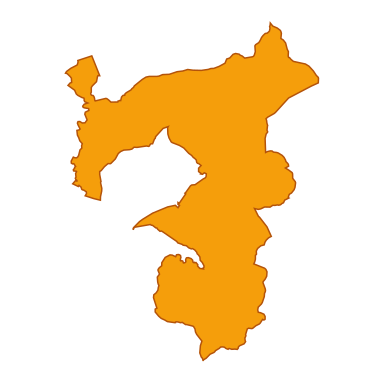 Xochiltepec, Puebla, Mexico (Albers equal-area conic projection)
{"feature_id": "50627088B32786455313367", "entity_name": "Xochiltepec", "entity_type": "district", "adm_level": 2, "iso_a3": "MEX", "parent_name": "Mexico", "parent_adm1": "Puebla", "projection": "albers", "projection_center": [-98.341, 18.653], "detail": "fine", "context": "isolated", "style": "filled", "palette": "amber", "viewbox_px": 384, "rotation_deg": 0, "n_neighbors": 0, "source": "geoboundaries", "source_scale": "gbopen_adm2", "svg_char_len": 5921}
<svg xmlns="http://www.w3.org/2000/svg" viewBox="0 0 384 384"><path d="M288.9,198.0L288.2,197.6L289.1,194.7L289.5,194.2L291.5,193.0L294.1,189.7L295.0,187.3L295.6,182.8L295.2,181.6L292.7,178.3L292.6,173.8L292.1,172.6L288.9,170.2L285.4,168.0L288.6,166.2L288.4,164.5L287.8,163.5L285.8,161.4L285.6,160.2L284.0,157.3L282.2,155.4L278.3,153.0L276.8,152.5L273.4,152.1L272.1,151.0L270.3,150.9L267.6,151.5L265.6,152.5L265.1,138.5L266.1,134.1L267.6,132.1L267.6,131.4L267.0,130.3L267.5,125.7L267.8,126.0L266.9,123.1L266.6,120.5L266.0,118.7L267.8,117.1L274.2,113.5L275.5,112.4L288.6,98.0L311.5,86.0L318.3,82.9L318.5,78.2L318.2,77.3L316.3,75.4L313.4,71.0L309.0,66.2L305.4,64.0L293.4,61.4L291.0,59.4L289.5,57.6L288.6,57.4L288.2,56.3L288.4,51.6L287.2,49.2L285.6,43.0L283.3,40.0L280.9,38.5L281.4,33.3L280.8,31.2L280.1,30.2L277.2,28.0L272.8,26.1L270.3,23.0L270.1,25.4L269.6,26.4L270.0,28.2L269.4,31.2L267.3,33.1L265.2,33.5L263.1,35.5L261.6,37.4L260.2,40.4L258.8,42.6L255.6,44.7L254.9,45.9L255.3,51.8L254.2,55.3L253.5,56.3L252.4,56.8L244.7,58.1L242.2,56.0L240.2,55.2L239.2,54.2L235.6,53.5L233.1,54.3L229.7,58.0L226.7,59.0L225.0,63.2L219.1,66.4L213.8,68.4L210.9,68.5L208.3,69.4L201.4,70.4L193.0,70.2L187.7,69.5L182.8,71.0L177.1,71.7L169.3,74.3L162.6,74.6L159.0,76.1L157.0,76.4L149.3,76.4L146.0,77.1L142.3,79.4L134.3,85.9L133.6,87.3L131.9,88.7L130.9,90.0L126.3,92.7L125.0,93.9L124.7,95.3L123.2,95.3L122.6,95.8L121.5,97.1L120.7,100.6L119.4,100.5L118.8,101.0L118.1,101.0L117.8,102.0L110.9,102.1L108.7,100.0L106.8,98.6L105.8,98.4L95.3,100.9L94.9,100.7L94.5,98.2L93.9,96.5L93.1,95.5L91.7,95.3L90.9,94.5L90.7,93.2L91.3,92.2L91.3,87.5L92.3,85.9L96.5,81.7L97.5,76.5L97.9,75.7L99.7,75.7L91.8,55.9L77.8,60.5L78.1,61.9L77.3,64.7L76.6,65.3L70.8,68.3L66.5,71.5L65.5,73.2L67.1,73.6L70.2,76.6L71.4,78.2L71.6,82.5L70.1,83.0L68.0,85.4L74.6,90.2L76.3,94.0L77.9,95.4L81.9,97.5L83.9,98.1L84.2,99.0L84.1,100.2L84.7,101.7L87.8,103.0L84.2,104.2L82.7,106.2L83.2,107.4L84.6,107.9L88.6,108.6L88.9,110.4L85.3,112.2L84.8,114.2L87.1,119.9L85.0,122.8L82.3,123.0L79.8,121.5L78.0,121.6L77.4,123.1L78.1,125.1L80.1,129.0L79.1,129.9L76.9,130.4L77.4,135.1L78.7,137.7L79.8,140.8L82.3,143.7L81.6,145.7L81.8,148.1L80.0,149.9L78.7,155.1L78.0,156.6L76.7,157.8L75.0,157.8L73.3,157.1L71.2,161.1L71.3,163.1L72.5,163.9L73.8,163.7L75.6,166.4L74.6,167.3L74.7,168.0L73.3,169.8L73.6,170.9L76.4,171.3L76.6,171.6L75.6,173.5L76.0,177.2L75.3,178.2L75.8,179.4L76.7,180.1L77.0,180.9L76.9,181.1L75.5,180.6L72.7,183.8L78.3,186.5L79.0,185.4L81.1,187.2L81.7,189.2L82.3,189.8L83.7,190.1L86.3,191.8L86.5,193.6L85.2,195.8L93.8,198.6L100.4,200.2L100.5,196.7L101.7,191.0L101.8,188.3L100.7,183.4L100.6,182.1L101.0,181.6L99.7,174.5L99.7,171.5L101.2,170.6L104.4,166.7L108.0,163.6L110.3,163.7L110.9,163.4L115.3,159.0L118.3,153.5L120.7,151.5L123.8,150.1L129.5,149.7L131.9,149.1L134.1,147.2L137.0,147.4L146.5,146.0L148.7,146.4L149.5,145.9L150.1,144.5L151.0,143.8L152.6,143.8L154.4,139.2L155.2,138.4L155.5,137.5L155.5,136.8L163.1,128.4L168.2,126.6L167.6,127.7L167.9,134.1L169.0,137.9L171.2,141.9L172.2,142.6L179.4,145.4L183.8,148.0L188.7,153.3L191.6,155.4L193.5,157.7L194.1,157.9L195.7,159.4L196.2,159.9L196.7,162.3L197.5,163.3L198.7,163.6L201.1,165.5L198.6,168.2L198.6,171.6L200.9,173.3L200.5,173.9L202.5,174.3L204.3,172.8L206.3,173.8L206.1,176.7L205.2,177.9L203.1,179.0L195.1,184.7L191.7,185.0L190.5,185.8L185.8,192.4L184.9,193.2L185.7,193.9L179.2,203.3L178.0,202.5L178.0,204.4L179.5,205.4L178.0,207.7L175.3,205.3L167.7,206.9L152.7,213.1L142.5,219.4L139.5,221.6L133.6,227.6L133.1,228.7L133.2,229.8L134.3,227.3L150.4,224.5L151.1,225.1L152.6,225.4L153.4,226.0L155.8,227.9L156.9,228.0L157.6,229.2L160.0,231.3L161.4,231.0L162.3,231.5L176.7,241.4L177.8,242.9L182.2,244.4L183.1,245.2L186.4,245.7L188.7,247.8L191.3,248.9L192.5,248.6L194.7,249.9L196.7,252.2L197.2,253.8L198.4,254.9L199.9,257.0L200.2,260.3L202.2,262.4L204.0,265.8L203.9,267.6L203.0,268.1L203.4,268.9L199.8,268.4L197.6,266.1L197.8,264.7L196.0,262.5L195.2,262.7L194.3,262.3L194.0,262.7L193.3,262.4L192.9,261.9L192.6,260.1L191.1,258.6L188.3,257.6L186.6,257.8L186.2,258.2L185.6,259.8L185.9,261.8L184.8,262.8L183.4,262.9L182.8,261.1L181.9,260.7L180.7,260.9L180.4,260.6L180.5,258.4L180.9,257.7L180.6,255.8L180.5,255.5L179.2,254.7L178.2,254.5L176.5,254.8L175.7,256.7L172.2,255.1L170.0,254.9L165.2,257.4L161.8,262.7L161.7,265.8L159.3,267.7L158.1,269.4L158.0,270.4L159.5,274.1L157.3,277.1L157.7,282.0L158.2,284.1L158.9,285.5L158.3,287.4L157.9,290.2L156.2,292.8L153.8,294.8L153.5,297.7L156.9,308.2L155.2,309.1L155.2,312.0L158.7,316.2L161.2,318.4L164.7,320.0L167.4,321.6L175.0,322.7L175.5,322.6L175.5,322.1L176.3,321.8L178.2,322.0L180.4,322.7L182.3,322.4L185.6,324.6L186.8,324.6L192.8,326.1L193.6,326.6L195.0,329.0L195.5,332.0L196.7,334.4L201.9,341.1L200.4,345.7L199.8,352.9L201.3,357.1L202.2,358.0L202.8,359.3L203.1,361.0L203.3,360.0L206.2,358.2L210.1,354.2L213.9,352.5L215.0,351.5L215.4,350.7L219.4,348.3L220.5,347.1L222.5,346.9L224.4,347.2L226.0,348.5L228.1,349.3L228.7,348.6L229.2,348.5L231.8,349.3L234.9,349.1L237.3,349.4L238.3,348.1L238.3,347.2L239.5,345.8L244.1,343.8L245.6,341.6L245.1,340.4L244.9,337.8L245.6,336.7L245.9,335.5L245.6,334.5L247.3,328.9L248.6,328.2L251.6,328.6L252.6,328.4L255.9,325.7L259.3,324.0L260.2,323.1L262.6,319.4L263.7,320.0L264.6,319.7L265.1,319.2L265.1,316.4L263.9,314.2L260.5,312.7L258.3,312.3L257.7,310.0L258.2,307.2L261.4,304.0L262.3,302.5L264.3,296.6L264.5,293.4L265.3,291.7L265.5,290.3L265.2,288.7L263.0,282.7L263.1,281.7L265.2,279.1L266.7,276.2L267.0,271.8L265.9,269.4L264.6,268.2L253.8,263.9L254.7,261.9L255.4,259.2L255.4,255.4L256.5,254.2L256.3,251.6L256.5,250.6L257.7,248.4L260.8,245.8L264.2,244.9L264.9,242.4L266.2,240.2L268.6,237.8L271.3,236.4L267.0,226.9L259.6,217.3L258.4,216.3L254.5,208.5L258.2,209.4L260.7,208.9L264.6,207.0L270.1,207.1L272.8,205.3L275.0,205.4L277.4,204.9L278.4,205.2L279.7,205.0L280.6,204.7L282.1,203.4L283.5,202.8L284.7,200.1L288.9,198.0Z" fill="#f59e0b" stroke="#b45309" stroke-width="1.5"/></svg>